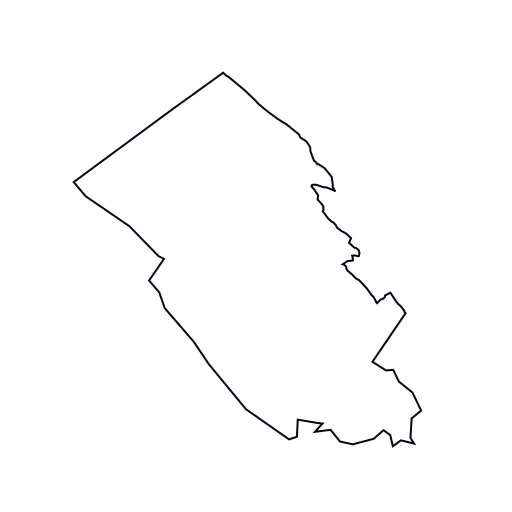 Shenandoah, Virginia, United States of America (Albers equal-area conic projection), rotated 102°
{"feature_id": "52423323B4371856905255", "entity_name": "Shenandoah", "entity_type": "district", "adm_level": 2, "iso_a3": "USA", "parent_name": "United States of America", "parent_adm1": "Virginia", "projection": "albers", "projection_center": [-78.605, 38.853], "detail": "fine", "context": "isolated", "style": "outline", "palette": "ink", "viewbox_px": 512, "rotation_deg": 102, "n_neighbors": 0, "source": "geoboundaries", "source_scale": "gbopen_adm2", "svg_char_len": 1708}
<svg xmlns="http://www.w3.org/2000/svg" viewBox="0 0 512 512"><g transform="rotate(102 256 256)"><path d="M371.6,279.7L408.0,233.9L428.5,185.5L424.3,178.4L407.4,181.1L406.5,159.6L406.0,156.1L415.7,161.7L410.5,146.9L420.0,135.3L420.1,122.2L410.3,102.8L399.9,95.1L403.2,87.5L413.6,82.6L406.2,75.9L406.6,62.4L401.8,67.1L382.5,70.0L372.9,62.3L357.0,74.6L349.2,90.1L338.8,98.1L340.9,105.0L335.3,120.1L280.8,97.8L279.9,99.0L278.6,99.7L274.7,104.4L273.2,107.2L271.2,109.5L264.0,116.9L267.7,121.4L268.2,121.6L269.2,121.3L271.4,122.8L272.8,125.2L277.0,127.8L275.9,129.1L274.3,130.1L271.6,132.6L270.2,134.8L264.9,140.6L258.8,149.2L257.9,150.9L257.4,153.2L253.9,158.5L251.1,163.7L249.4,165.1L247.7,165.6L246.2,167.9L246.0,169.4L242.0,165.4L240.3,160.4L238.4,160.7L235.7,162.0L234.9,159.5L235.0,156.4L234.6,155.4L231.5,155.4L229.1,156.7L228.4,157.7L227.4,159.8L227.4,161.5L223.8,167.7L218.8,166.7L215.3,172.5L213.7,177.8L211.3,182.8L209.4,184.1L207.1,187.3L206.7,189.2L204.2,193.4L198.3,200.0L197.6,199.6L193.6,200.4L191.6,202.4L188.0,207.5L183.8,207.8L178.8,212.9L176.6,215.9L176.0,216.3L175.1,216.1L174.4,215.1L173.8,212.0L174.7,203.9L174.5,202.4L174.4,202.0L174.3,201.1L174.6,199.0L176.1,191.6L175.3,193.0L172.8,195.2L171.9,195.6L170.6,195.6L162.9,198.4L155.8,207.2L153.3,213.7L153.4,215.2L151.7,217.1L150.6,219.2L142.3,224.5L138.4,225.6L134.3,229.6L133.1,231.2L131.8,235.1L130.9,237.1L128.1,239.4L120.8,253.7L119.1,258.8L116.6,265.1L112.9,273.3L109.2,280.6L106.1,286.2L104.3,288.5L96.4,301.3L86.9,319.3L85.6,323.0L83.5,326.2L129.0,367.5L221.6,449.7L233.0,435.0L253.2,386.0L276.4,351.3L278.0,345.4L302.2,355.5L311.8,343.0L325.9,334.5L353.2,298.6L371.6,279.7Z" fill="none" stroke="#020617" stroke-width="2"/></g></svg>